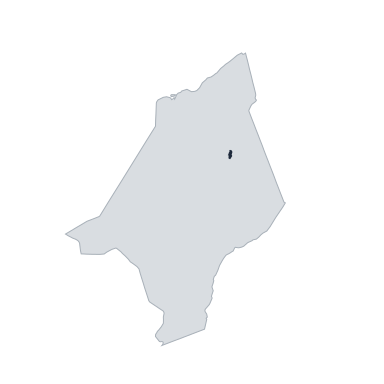 Kathiani, Eastern, Kenya shown in context, rotated 212°
{"feature_id": "3690345B54323556821532", "entity_name": "Kathiani", "entity_type": "district", "adm_level": 2, "iso_a3": "KEN", "parent_name": "Kenya", "parent_adm1": "Eastern", "projection": "equal_earth", "projection_center": [37.316, -1.421], "detail": "fine", "context": "in_parent", "style": "filled", "palette": "slate", "viewbox_px": 384, "rotation_deg": 212, "n_neighbors": 0, "source": "geoboundaries", "source_scale": "gbopen_adm2", "svg_char_len": 3988}
<svg xmlns="http://www.w3.org/2000/svg" viewBox="0 0 384 384"><g transform="rotate(212 192 192)"><path d="M107.1,232.2L107.0,227.3L107.5,214.9L107.4,203.9L107.9,198.5L109.9,195.0L110.8,192.5L111.5,189.0L112.5,186.1L114.9,183.8L115.3,182.5L117.9,178.6L119.4,173.5L120.5,171.8L121.9,170.3L122.9,169.4L124.6,168.6L125.9,168.1L126.1,167.7L126.2,166.9L125.8,163.8L126.4,162.8L127.3,160.7L128.3,158.8L129.2,157.5L129.7,156.3L129.9,154.1L130.0,152.5L130.0,150.0L129.7,144.3L128.6,139.4L127.9,134.0L128.4,132.3L127.6,129.1L127.2,128.9L126.5,128.3L125.6,125.3L125.0,122.6L124.6,121.9L121.7,119.5L120.3,113.9L118.7,112.7L117.8,107.1L117.7,105.5L118.6,100.0L118.5,98.7L117.5,97.5L114.9,96.3L112.7,94.0L113.0,93.2L113.1,92.4L112.0,91.8L108.7,82.3L113.0,76.6L117.3,70.9L122.8,63.6L127.9,56.9L132.3,51.1L136.2,45.9L136.1,46.9L136.2,48.2L136.6,49.0L137.4,49.5L138.6,49.0L139.5,48.2L140.5,48.0L146.4,50.1L147.4,52.0L147.3,54.0L147.5,55.5L147.1,57.0L146.6,61.4L146.7,65.5L148.5,68.5L150.1,70.9L151.3,74.2L152.2,75.2L153.5,75.8L157.6,75.9L163.5,76.1L169.3,76.3L169.8,76.4L171.0,76.9L176.3,81.4L181.2,85.5L185.3,89.1L189.3,92.5L193.2,95.9L196.2,98.7L199.1,99.6L204.0,100.0L207.3,100.1L210.4,101.3L214.9,102.4L218.4,103.0L220.4,103.6L226.2,104.3L227.1,103.9L229.6,100.8L232.5,95.7L233.6,92.9L237.2,90.2L243.6,86.3L248.2,83.6L253.2,80.8L255.5,83.2L258.6,87.0L260.1,88.9L261.2,89.7L262.9,90.3L265.0,90.3L266.1,90.2L268.5,89.7L273.9,89.3L277.0,89.3L274.4,94.3L271.3,100.4L265.5,111.6L261.1,117.4L257.8,121.9L257.5,122.7L257.5,127.6L257.6,139.7L257.6,163.9L257.7,188.1L257.8,212.3L257.8,224.4L257.8,228.4L260.8,233.5L263.6,238.5L267.4,245.1L269.4,248.6L269.7,249.8L269.6,252.1L266.5,257.1L264.0,259.3L260.5,260.4L259.5,260.2L258.2,259.5L257.6,260.6L257.2,262.5L256.5,262.1L255.9,261.6L256.3,264.8L256.6,266.4L256.1,268.6L254.4,270.5L254.3,272.1L250.7,276.4L245.6,276.8L242.9,278.9L241.7,280.6L240.8,284.4L241.1,290.1L239.7,294.5L239.4,296.8L236.8,299.6L235.6,302.3L234.7,304.9L234.0,306.1L233.1,312.1L231.8,315.8L231.5,317.0L231.2,318.1L230.2,320.2L229.6,321.7L229.2,322.6L226.1,332.0L223.6,336.2L221.7,335.7L220.5,337.3L220.3,338.1L219.7,337.7L218.1,336.1L214.8,333.0L211.5,329.8L208.3,326.6L205.0,323.5L201.7,320.3L198.5,317.1L195.2,314.0L191.9,310.8L190.0,308.9L189.2,307.8L188.5,305.6L188.2,305.1L187.3,304.4L186.3,304.2L186.0,303.8L186.0,302.8L186.4,301.3L187.6,298.3L187.7,296.6L187.5,294.7L187.1,291.6L186.8,290.9L184.6,289.2L180.1,285.8L175.5,282.4L171.0,279.0L166.4,275.6L161.9,272.2L157.3,268.8L152.8,265.3L148.3,261.9L143.7,258.5L139.2,255.1L134.6,251.7L130.1,248.3L125.6,244.8L121.0,241.4L116.5,238.0L111.9,234.6L110.2,233.3L108.7,232.2L107.1,232.2ZM258.1,265.4L257.4,265.7L257.8,264.0L260.1,261.9L261.1,262.4L261.2,262.9L261.2,263.3L260.8,263.8L258.1,265.4Z" fill="#d9dde1" stroke="#a8b0b8" stroke-width="1"/><path d="M178.9,241.7L178.8,241.4L178.7,241.3L178.7,241.2L178.5,240.9L178.5,240.7L178.4,240.7L177.9,240.6L177.8,240.8L177.7,240.8L177.7,242.1L177.7,242.5L177.7,243.0L177.7,243.5L178.0,243.7L178.1,243.4L178.3,243.2L178.5,243.2L178.7,243.3L178.5,243.5L178.5,243.8L178.7,244.0L178.8,244.1L178.9,244.3L178.9,244.5L179.0,244.8L179.0,245.0L179.1,245.3L179.2,245.7L179.3,245.8L179.3,246.0L179.3,246.3L179.4,246.5L179.5,246.6L179.8,246.5L180.0,246.7L180.0,246.8L180.3,246.9L180.3,247.0L180.2,247.1L180.1,247.3L180.3,247.4L180.4,247.2L180.5,247.2L180.7,247.3L180.6,247.5L180.5,247.9L180.6,247.7L180.8,247.5L180.9,247.4L181.0,247.4L181.0,247.2L181.3,247.1L181.2,247.0L181.2,246.9L181.1,246.7L181.0,246.4L180.9,246.4L180.9,246.2L180.9,245.9L180.9,245.7L180.8,245.4L180.9,245.2L180.8,244.9L180.8,244.7L180.7,244.7L180.7,244.4L180.7,244.5L180.6,244.4L180.4,244.3L180.4,244.2L180.4,243.9L180.3,244.0L180.3,243.9L180.2,243.9L180.2,243.7L180.1,243.4L179.9,243.2L179.9,243.3L179.9,243.2L179.7,243.0L179.8,243.0L179.8,242.9L179.7,242.9L179.6,242.7L179.5,242.4L179.4,242.4L179.3,242.2L179.2,242.0L179.1,241.9L179.0,241.7L178.9,241.6L178.9,241.7Z" fill="#64748b" stroke="#1e293b" stroke-width="1.5"/></g></svg>